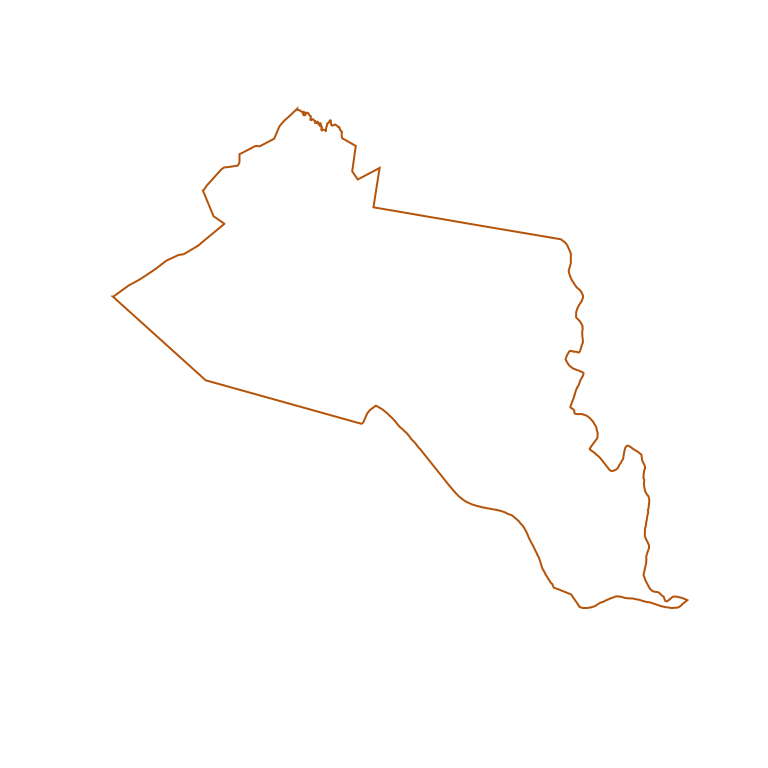 Luampa, Western, Zambia, rotated 346°
{"feature_id": "96606910B75659295397669", "entity_name": "Luampa", "entity_type": "district", "adm_level": 2, "iso_a3": "ZMB", "parent_name": "Zambia", "parent_adm1": "Western", "projection": "equal_earth", "projection_center": [24.874, -15.433], "detail": "fine", "context": "isolated", "style": "outline", "palette": "amber", "viewbox_px": 768, "rotation_deg": 346, "n_neighbors": 0, "source": "geoboundaries", "source_scale": "gbopen_adm2", "svg_char_len": 6135}
<svg xmlns="http://www.w3.org/2000/svg" viewBox="0 0 768 768"><g transform="rotate(346 384 384)"><path d="M590.7,324.8L590.4,320.6L590.6,318.8L594.6,311.8L595.5,307.7L596.6,303.9L596.8,302.8L596.7,301.0L596.0,297.5L595.5,294.4L594.9,292.4L593.9,290.4L590.7,286.4L522.9,256.8L416.5,210.0L432.0,173.3L408.0,179.2L404.6,170.0L414.2,146.2L402.8,135.3L403.1,132.3L403.4,131.4L403.8,129.7L404.2,129.2L403.7,128.7L403.3,127.2L402.8,126.4L402.7,125.3L402.9,124.2L402.3,123.7L401.9,123.7L401.8,123.2L400.8,121.9L399.8,120.8L399.4,120.5L399.0,120.4L398.6,120.6L397.2,120.6L396.5,120.8L396.2,120.7L395.6,120.1L395.6,119.8L395.7,119.0L395.6,118.4L395.8,116.5L396.1,115.7L396.1,115.4L395.5,115.2L395.4,115.2L395.3,115.4L394.6,115.9L394.2,116.4L393.2,117.2L392.8,117.4L392.4,117.3L392.0,117.4L391.8,117.8L391.3,119.1L390.7,120.1L390.1,121.1L389.5,122.1L389.1,123.7L389.0,124.1L388.9,124.3L388.6,124.4L388.2,123.5L387.9,123.2L386.2,122.4L385.7,122.6L385.3,123.0L385.2,123.0L385.1,122.5L384.7,122.0L384.7,121.7L385.2,121.0L385.8,120.0L385.9,119.8L385.6,119.1L385.5,118.2L385.5,116.6L385.4,115.7L385.0,115.7L384.7,115.8L384.7,116.3L385.0,117.0L384.8,117.6L384.4,118.1L384.1,117.6L383.8,116.6L383.1,115.6L383.2,115.1L383.4,115.0L383.5,114.7L383.5,114.1L383.2,113.5L382.4,113.6L382.1,113.8L381.7,114.3L381.3,114.2L381.0,113.9L380.4,113.9L380.5,113.4L380.5,112.9L380.6,112.7L380.8,112.7L380.9,112.3L380.3,111.9L379.9,111.4L379.4,110.1L378.9,109.9L377.9,109.9L377.5,110.4L376.6,110.1L376.5,109.7L376.6,109.3L377.4,108.0L377.7,106.4L377.1,106.0L376.9,105.7L376.3,104.1L376.1,103.0L375.0,102.1L374.6,102.0L373.3,103.3L372.9,103.8L372.1,104.1L371.3,103.9L371.0,103.5L370.7,102.3L370.7,102.0L370.8,101.8L371.1,101.7L371.7,101.8L372.5,101.7L372.6,101.4L372.4,100.9L371.9,100.5L370.7,100.3L370.0,99.9L369.6,99.6L368.6,98.2L367.2,97.3L366.2,97.0L365.9,96.5L366.1,96.1L356.1,101.7L351.4,104.1L349.0,105.7L344.9,108.7L336.8,119.4L320.9,123.3L317.6,122.1L316.1,122.1L301.2,125.7L299.6,125.9L299.3,126.4L297.4,133.9L297.2,134.3L295.5,136.2L295.1,136.5L294.4,136.7L288.2,136.1L285.2,135.8L281.1,135.2L279.9,135.7L277.8,136.6L260.0,148.6L255.8,152.3L255.5,152.5L255.1,152.5L259.1,179.4L259.3,180.1L267.7,189.7L267.8,190.0L244.2,201.3L237.4,204.7L221.2,209.6L220.5,209.6L216.5,209.1L215.8,209.1L203.4,211.5L202.3,211.8L189.5,217.4L187.2,218.2L172.3,223.5L160.2,226.6L143.3,233.4L142.7,233.6L142.0,233.5L211.9,337.3L352.4,417.1L353.1,417.0L354.8,416.0L360.5,408.6L364.0,405.9L370.7,403.1L371.6,403.5L372.9,405.0L373.9,405.8L376.6,408.6L380.3,413.6L381.7,416.0L383.5,418.7L385.9,423.0L387.8,427.3L388.8,429.2L391.0,432.2L392.4,434.7L393.7,436.4L395.4,439.7L397.1,444.0L399.4,447.8L400.6,450.1L401.0,451.4L402.0,453.6L403.6,456.5L422.9,498.7L424.1,501.0L425.5,504.0L427.0,506.9L428.6,509.5L429.1,510.6L432.2,514.7L433.8,516.6L435.3,518.2L438.8,520.9L439.9,521.9L444.4,524.6L450.5,527.9L452.3,528.6L453.9,529.5L455.8,530.2L457.3,531.0L462.3,533.2L466.3,535.2L470.0,537.6L472.7,539.9L476.6,542.6L479.7,546.9L481.6,549.8L483.2,553.2L484.5,555.4L485.6,559.0L486.7,563.5L487.3,568.1L487.9,570.5L488.3,572.8L489.7,577.6L490.6,582.7L491.2,584.7L491.4,586.6L492.0,588.6L492.4,590.8L493.0,600.8L493.3,602.7L494.1,604.7L494.8,608.4L495.5,610.1L496.1,612.4L496.9,614.3L497.4,616.3L498.1,617.8L498.8,618.6L499.4,622.4L499.8,622.9L503.4,625.3L503.6,625.3L503.7,625.5L514.7,633.5L519.2,645.7L519.5,646.6L519.4,647.1L520.7,648.2L521.9,649.0L523.2,649.6L526.5,650.4L529.2,650.7L531.5,650.8L535.3,650.5L536.8,649.9L540.8,648.6L542.4,648.4L544.4,648.3L547.0,647.6L550.8,647.1L551.9,646.7L553.0,646.8L554.8,646.6L556.0,646.3L558.1,646.2L562.1,647.6L565.2,649.4L568.1,650.7L574.0,652.5L575.3,653.3L578.8,654.8L585.4,658.7L589.3,660.3L599.5,666.8L601.6,667.8L602.9,668.6L605.1,669.3L608.7,670.9L614.2,671.9L615.3,671.9L616.4,671.7L618.8,670.8L619.9,669.9L621.1,669.4L626.0,667.1L624.8,666.1L621.5,663.7L616.7,661.2L614.2,660.4L612.5,660.4L606.4,663.3L605.3,663.2L604.5,662.5L604.1,660.3L604.0,658.5L603.3,657.4L601.8,655.5L601.2,654.2L600.1,652.8L598.9,652.0L596.0,650.9L594.4,649.8L592.5,647.1L591.6,643.7L590.1,637.4L589.7,632.2L590.1,630.9L591.5,628.3L594.0,623.2L595.0,621.3L595.9,618.3L596.1,618.1L596.5,615.5L597.0,614.2L597.8,613.0L598.9,611.1L601.5,607.2L602.1,604.6L601.7,602.2L600.9,598.9L600.4,596.1L600.5,593.7L602.4,587.0L603.9,584.6L605.2,581.1L605.9,579.8L606.9,577.4L607.2,576.4L609.3,572.6L609.5,571.2L609.4,570.5L610.6,568.4L611.5,566.3L612.9,562.3L613.4,560.2L613.5,558.3L613.2,556.2L612.4,554.8L611.6,552.3L611.5,548.6L611.9,544.2L612.3,543.2L613.2,540.4L613.3,539.8L613.2,539.0L612.9,538.3L613.7,535.7L614.6,533.1L615.5,530.9L616.8,529.2L617.3,527.4L617.0,525.1L616.5,523.2L616.1,520.8L616.1,519.6L616.6,515.8L616.5,514.6L614.6,512.1L613.3,510.6L610.4,507.7L609.4,506.6L608.5,505.3L607.4,504.1L606.3,503.1L605.1,502.7L603.8,503.2L602.5,504.5L601.2,506.9L599.9,509.7L598.0,514.3L594.7,517.8L592.7,519.5L591.3,521.4L589.3,522.9L587.6,523.4L585.1,523.7L583.7,523.4L582.7,522.8L581.8,521.4L577.7,512.1L575.8,508.0L574.0,505.1L572.8,503.8L571.7,501.8L568.0,497.5L567.8,496.7L568.5,496.1L570.0,494.6L577.2,488.7L578.1,487.6L579.1,484.6L579.4,483.2L579.3,480.3L579.4,479.9L579.5,477.1L577.7,471.1L575.8,467.4L572.9,463.6L571.2,462.7L569.7,461.6L568.2,460.9L564.3,460.0L562.5,459.3L561.8,458.1L561.9,456.8L562.2,455.7L561.7,454.6L559.4,452.1L559.2,451.4L559.7,450.6L565.2,442.6L568.5,436.9L570.9,433.7L572.0,433.0L573.6,430.9L574.5,429.1L576.3,426.8L579.0,424.2L580.1,422.2L580.2,421.5L579.4,420.6L578.5,420.0L576.7,418.4L573.9,416.6L571.2,414.7L569.0,412.0L567.7,409.8L567.4,408.6L566.8,406.9L566.7,406.1L566.1,404.1L567.3,402.1L568.7,400.1L569.3,399.4L569.7,399.2L570.1,398.9L571.1,397.6L572.1,397.0L573.3,397.0L574.1,397.7L575.3,397.9L575.9,398.6L578.1,399.1L580.5,400.6L581.7,399.9L582.2,399.5L585.4,394.0L587.1,391.8L587.1,391.4L587.7,388.5L588.0,385.5L589.0,381.0L590.0,379.1L590.6,375.7L589.6,371.2L586.5,365.8L587.9,360.7L589.1,358.7L589.5,358.1L590.2,357.1L591.4,355.6L593.7,353.3L595.8,351.5L598.0,348.2L598.4,346.5L598.1,343.9L597.5,341.9L596.9,340.4L595.7,338.8L594.5,337.0L593.7,335.3L591.3,328.4L590.7,324.8Z" fill="none" stroke="#b45309" stroke-width="2"/></g></svg>